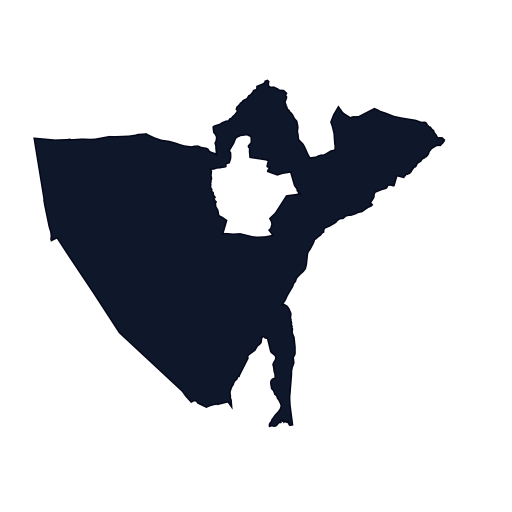 Babati, Manyara, United Republic of Tanzania (Albers equal-area conic projection), rotated 172°
{"feature_id": "72390352B12207219772126", "entity_name": "Babati", "entity_type": "district", "adm_level": 2, "iso_a3": "TZA", "parent_name": "United Republic of Tanzania", "parent_adm1": "Manyara", "projection": "albers", "projection_center": [35.708, -4.024], "detail": "fine", "context": "isolated", "style": "filled", "palette": "ink", "viewbox_px": 512, "rotation_deg": 172, "n_neighbors": 0, "source": "geoboundaries", "source_scale": "gbopen_adm2", "svg_char_len": 6080}
<svg xmlns="http://www.w3.org/2000/svg" viewBox="0 0 512 512"><g transform="rotate(172 256 256)"><path d="M230.0,160.6L229.7,170.1L230.7,174.0L230.7,176.5L230.0,178.6L230.6,180.2L230.0,181.3L230.5,182.6L230.1,185.4L230.4,186.5L230.2,188.8L230.6,190.3L229.9,191.6L230.1,192.6L229.5,193.5L229.5,194.3L230.8,199.3L232.5,202.2L235.1,204.2L237.1,204.2L233.4,208.0L230.5,212.6L224.1,220.6L222.5,223.6L220.5,225.4L219.3,227.9L218.2,229.2L214.5,232.1L211.4,234.1L208.9,236.6L207.2,240.9L204.8,250.7L203.8,252.9L201.6,255.1L198.4,259.5L196.5,262.4L196.3,263.4L195.4,264.4L194.3,264.7L192.4,266.1L189.0,267.9L187.7,269.4L185.7,270.3L185.2,272.7L183.8,274.2L179.2,275.4L173.9,277.5L172.2,278.4L170.3,280.1L167.5,281.3L164.6,281.1L161.4,283.2L158.5,283.4L156.2,283.2L151.8,284.0L148.6,285.0L145.0,285.2L138.2,288.7L135.4,289.3L133.7,290.5L134.0,291.2L135.3,292.2L135.4,292.6L131.5,297.2L130.8,298.7L130.6,300.3L129.3,302.6L122.1,304.4L118.2,304.9L117.2,305.3L115.3,307.9L112.8,307.5L109.9,306.3L109.5,306.6L105.3,315.9L98.7,313.2L98.0,314.7L97.2,314.7L95.9,316.1L94.6,315.9L93.4,316.4L92.3,316.5L91.2,318.0L90.6,317.9L90.3,318.9L89.7,319.1L89.6,319.6L88.1,320.9L88.1,321.4L85.8,322.5L85.6,322.3L85.2,322.9L84.8,323.0L84.1,324.5L82.6,325.7L82.8,326.1L82.5,326.3L81.2,326.3L79.7,327.0L78.0,329.0L77.2,329.1L76.8,329.6L75.4,329.7L74.7,330.7L73.7,330.6L73.2,331.3L72.6,331.4L70.8,333.5L70.2,335.2L67.0,338.1L61.9,340.3L59.6,340.1L59.0,340.4L58.4,339.8L57.5,340.2L57.2,340.8L56.5,341.1L56.2,341.6L55.6,341.7L53.0,344.5L52.7,344.4L53.8,345.0L54.9,346.9L57.2,347.5L58.8,347.5L60.0,348.3L60.7,350.4L62.6,353.9L62.7,355.4L64.4,357.2L65.4,359.3L67.1,360.0L67.3,360.8L68.2,361.8L68.8,363.7L69.4,364.4L70.2,364.9L73.8,365.3L79.1,368.1L92.7,372.3L100.1,375.0L107.5,379.2L113.2,382.0L114.7,383.3L118.2,385.5L135.0,379.6L140.7,380.3L141.9,380.1L142.7,379.6L143.9,380.2L149.4,384.9L150.6,386.5L153.6,392.3L159.4,385.0L163.2,378.2L162.3,373.6L161.6,366.5L162.4,355.8L162.2,354.7L162.9,350.3L164.7,349.7L167.1,349.6L173.2,347.0L175.6,346.4L177.0,346.8L178.2,346.7L180.6,346.3L182.7,345.5L189.1,345.6L190.7,350.0L192.9,357.7L194.0,360.3L197.4,364.9L197.7,366.1L197.5,369.9L197.7,373.7L196.7,377.2L196.6,379.0L196.9,383.8L198.9,386.8L200.4,391.3L201.0,391.5L201.4,392.8L202.3,393.6L203.1,395.7L204.7,397.1L204.7,399.3L205.1,399.4L205.7,400.1L205.4,400.6L205.8,400.8L205.7,401.7L205.4,401.8L205.9,404.3L203.8,408.3L203.6,409.3L204.3,410.6L204.2,411.4L203.1,412.9L205.6,416.0L209.9,416.9L211.3,418.4L215.0,420.8L218.5,420.9L218.4,421.3L219.6,422.2L220.0,423.8L219.1,427.1L220.4,428.4L221.9,427.8L222.4,428.0L223.0,426.9L224.4,425.6L231.5,423.8L231.8,421.6L232.6,420.7L235.4,420.2L236.0,419.0L237.8,417.3L239.6,415.9L240.7,415.8L243.1,412.9L246.0,412.1L247.7,411.2L248.5,410.2L250.0,409.5L251.9,407.6L254.2,406.0L255.1,404.0L254.2,403.0L254.6,401.4L257.4,398.7L260.0,397.0L261.0,395.7L262.8,395.5L264.5,393.5L266.7,393.7L267.9,393.4L270.8,392.7L273.5,391.4L279.1,390.5L280.5,389.7L280.6,384.2L279.5,382.6L278.6,380.1L278.5,378.9L279.4,375.5L280.8,373.5L280.4,370.6L280.7,367.7L280.8,362.0L281.9,363.0L283.8,363.7L287.5,365.8L288.9,368.6L290.2,369.5L295.3,371.1L298.1,372.9L301.4,373.2L304.9,373.0L311.7,374.9L315.8,376.7L319.4,378.6L326.0,381.5L333.6,383.7L340.0,386.9L347.5,391.8L347.5,392.1L356.1,392.7L358.4,392.3L365.4,392.3L379.4,393.7L384.7,394.6L399.0,394.0L403.6,394.4L412.0,395.9L422.7,396.7L424.2,397.5L426.4,397.4L438.9,398.7L459.3,403.5L457.9,341.0L458.2,340.9L458.1,336.3L456.7,314.0L455.8,308.6L455.9,304.2L456.7,301.4L456.5,299.7L450.7,301.7L450.3,301.5L441.1,281.8L422.2,242.6L401.9,199.1L347.6,132.2L345.0,127.1L340.4,120.3L338.4,121.2L336.0,121.3L334.3,119.2L334.0,118.4L326.2,113.2L323.1,114.1L319.3,114.7L315.0,115.0L314.9,114.4L304.0,115.5L301.1,109.8L300.7,116.9L301.2,119.2L300.8,120.9L300.9,123.4L300.5,125.7L297.8,130.6L297.0,131.1L295.0,134.7L291.8,137.1L291.4,138.4L290.8,139.3L289.6,139.0L289.0,140.3L278.2,155.8L278.2,158.1L277.1,159.1L270.2,162.9L267.2,166.7L264.9,168.0L263.1,169.5L262.0,173.1L262.0,174.7L261.5,175.1L260.7,174.6L260.0,175.2L259.4,175.3L258.3,173.5L256.4,173.0L256.0,172.5L254.7,159.3L254.2,158.3L251.1,155.1L250.4,152.9L251.3,150.3L252.9,148.5L254.3,146.3L254.0,143.1L254.1,139.0L253.6,136.8L253.9,133.1L254.2,132.4L256.7,131.8L257.9,131.0L258.8,129.5L259.1,127.7L259.0,122.5L257.5,120.5L256.9,118.6L256.7,116.7L255.0,114.7L254.5,112.2L253.2,109.7L252.3,106.9L251.8,104.3L252.8,101.7L253.8,100.4L255.7,98.4L258.8,96.0L263.0,91.6L263.7,90.1L265.7,88.2L266.3,86.8L266.4,85.7L266.2,85.3L264.4,85.8L261.6,84.9L260.1,85.0L258.9,85.7L256.7,87.8L254.5,87.7L254.6,88.8L253.7,89.6L252.5,88.6L251.9,88.7L251.5,87.5L250.3,88.4L249.2,87.2L248.3,87.7L247.7,86.8L247.0,87.6L246.7,84.5L246.0,83.6L243.3,83.7L243.1,103.2L242.4,111.1L237.4,133.5L236.9,137.0L235.6,140.7L233.4,144.8L233.2,150.5L231.3,153.0L230.9,154.1L230.0,160.6ZM244.2,273.6L251.9,274.3L256.7,275.4L268.7,280.2L275.3,280.7L281.9,282.2L285.8,282.7L280.1,295.3L284.3,299.1L287.2,301.1L287.5,306.7L289.2,311.0L288.8,312.1L289.1,313.5L288.0,314.9L288.0,315.4L288.9,316.1L289.0,316.8L289.8,318.4L289.3,319.4L288.4,319.6L288.5,320.2L289.5,321.7L289.7,323.2L289.6,324.8L291.0,326.2L290.5,328.0L291.3,329.8L291.3,331.6L290.8,332.9L291.1,333.8L290.3,335.4L290.2,337.0L289.5,338.0L289.2,339.8L289.4,342.0L288.4,345.7L288.4,346.4L289.0,348.4L285.9,348.0L282.2,348.7L280.1,348.4L273.9,348.6L273.4,348.8L273.0,350.9L272.5,351.7L269.6,352.0L267.7,355.8L267.2,358.1L266.8,361.7L267.7,363.4L267.4,364.7L262.5,370.7L260.2,374.8L259.5,375.6L257.1,377.0L256.3,376.8L255.6,377.3L254.5,377.5L247.9,377.4L246.5,376.3L245.2,375.7L244.3,374.6L244.6,370.6L245.2,368.6L248.0,366.3L248.3,365.7L248.1,364.6L247.3,363.6L247.9,360.4L248.2,354.5L233.0,350.0L230.4,348.8L232.6,343.3L231.9,342.4L229.8,342.4L232.7,338.5L232.7,338.1L223.6,333.3L218.4,334.2L210.0,334.4L208.0,320.4L206.0,316.6L206.1,314.9L204.9,313.6L205.3,312.1L204.4,311.8L203.8,311.2L217.4,311.3L230.8,295.7L237.1,291.2L235.8,287.6L235.8,285.0L237.3,281.7L237.9,280.9L239.5,279.8L237.2,275.8L236.5,274.0L244.2,273.6Z" fill="#0f172a" stroke="#020617" stroke-width="1.5"/></g></svg>